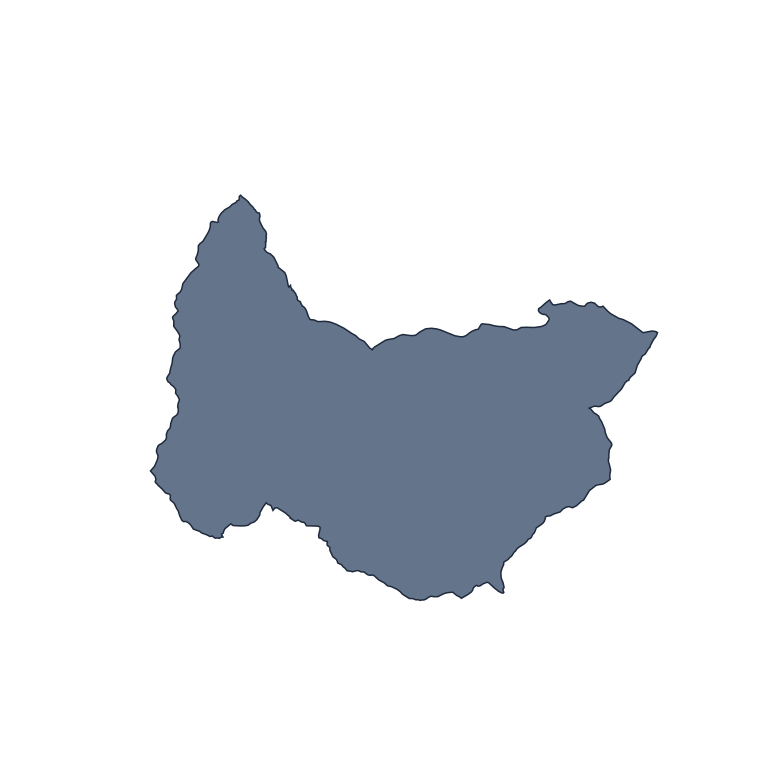 outline of San Mateo, Boyacá, Colombia, rotated 320°
{"feature_id": "7082276B31973577978453", "entity_name": "San Mateo", "entity_type": "district", "adm_level": 2, "iso_a3": "COL", "parent_name": "Colombia", "parent_adm1": "Boyacá", "projection": "mercator", "projection_center": [-72.559, 6.415], "detail": "fine", "context": "isolated", "style": "filled", "palette": "slate", "viewbox_px": 768, "rotation_deg": 320, "n_neighbors": 0, "source": "geoboundaries", "source_scale": "gbopen_adm2", "svg_char_len": 6171}
<svg xmlns="http://www.w3.org/2000/svg" viewBox="0 0 768 768"><g transform="rotate(320 384 384)"><path d="M601.8,465.1L600.1,464.7L598.2,463.0L597.7,461.7L597.3,457.5L595.2,454.5L592.2,453.0L590.5,452.9L588.5,453.3L587.2,453.1L585.1,450.9L583.5,449.0L582.7,447.2L580.2,440.6L579.8,440.1L577.3,439.1L574.5,438.8L571.2,436.3L566.0,433.5L564.6,432.2L564.3,431.6L564.4,429.1L564.9,426.1L560.7,425.8L553.3,426.0L550.9,425.7L549.4,427.1L549.1,429.4L550.0,431.9L551.0,433.4L551.6,433.6L552.5,435.3L552.8,438.5L552.6,439.9L552.0,440.7L550.8,441.2L546.9,442.4L545.8,442.4L541.8,441.3L535.4,437.3L529.7,432.2L525.5,428.9L520.5,427.9L517.8,425.7L512.9,417.3L509.0,413.8L505.9,410.3L503.1,406.3L498.2,401.3L497.4,400.8L496.5,400.8L491.5,402.6L488.8,401.2L485.4,400.2L482.6,399.8L477.9,399.7L474.7,398.5L472.7,396.7L469.3,392.6L462.0,378.9L459.8,375.7L456.3,371.9L452.3,369.1L451.0,368.4L444.5,367.1L440.4,367.1L439.1,366.6L437.9,366.0L435.1,363.6L430.2,358.2L426.8,356.8L420.9,355.6L416.0,352.7L413.1,351.4L400.5,349.6L397.9,349.8L397.1,350.3L396.2,347.2L396.2,338.7L393.9,333.4L393.4,328.6L392.1,325.4L389.2,315.6L385.9,307.8L383.0,302.6L381.2,300.3L378.7,297.7L374.9,294.9L373.2,293.3L371.9,290.4L369.0,287.3L368.9,286.5L369.3,284.2L371.6,278.2L372.2,275.5L372.1,273.0L371.5,271.7L372.3,268.5L372.8,267.4L371.7,264.0L373.5,261.3L373.6,259.9L374.3,258.4L374.7,253.7L373.9,253.2L373.9,252.5L374.6,251.9L374.7,250.1L375.8,248.3L373.4,248.5L373.7,247.4L378.7,238.1L379.6,234.8L378.0,226.5L378.8,225.5L381.1,216.2L380.6,211.4L378.9,207.9L378.8,204.0L379.4,203.2L380.8,203.4L384.5,199.5L384.3,199.1L385.7,198.8L385.9,198.1L388.3,195.9L388.8,194.8L390.3,193.7L391.5,191.1L391.6,186.7L393.2,180.0L394.5,177.5L397.0,175.7L398.4,172.9L397.3,171.8L396.9,169.7L397.3,168.0L397.0,166.6L397.3,164.4L396.9,159.7L397.1,157.0L396.6,153.3L395.5,149.1L395.6,147.3L394.1,147.2L393.2,147.7L392.2,149.1L391.0,149.8L388.9,149.2L387.2,149.8L383.1,148.8L379.7,149.2L374.3,148.2L369.4,148.5L365.8,149.5L363.8,150.5L362.2,151.7L361.4,153.3L359.9,152.9L357.1,149.2L356.2,148.8L355.0,148.9L353.8,149.8L352.1,151.8L349.1,153.8L346.2,155.1L337.0,158.3L333.1,158.2L330.7,158.7L327.3,162.6L324.2,164.8L320.6,166.7L319.7,167.9L319.2,172.8L318.8,173.7L317.5,174.6L313.7,174.5L307.6,174.7L294.5,177.8L289.8,181.4L286.9,182.5L282.0,182.6L279.6,185.7L276.5,186.7L275.4,187.7L273.8,190.8L273.6,194.6L273.2,195.7L269.7,196.4L266.0,196.6L265.1,196.9L264.3,198.1L263.5,200.6L260.0,204.7L259.6,210.8L258.9,215.0L258.0,216.4L255.4,218.3L253.8,222.0L251.7,224.7L250.5,225.4L244.8,225.4L240.7,227.1L238.4,228.6L235.5,231.5L229.7,235.5L226.7,238.0L222.7,239.2L221.0,240.2L220.0,243.2L220.7,246.0L220.4,247.4L221.2,250.7L221.0,254.4L218.4,257.1L218.2,261.0L217.1,264.6L213.5,266.8L211.2,268.9L210.8,270.1L208.7,272.9L206.1,274.4L204.6,274.5L201.0,274.2L199.8,274.4L195.4,277.1L192.6,279.7L191.7,280.2L188.1,280.8L185.6,282.2L184.7,282.9L182.8,285.4L180.7,286.5L175.8,286.7L172.3,286.0L170.7,286.3L167.3,288.4L166.0,289.9L164.7,293.9L161.8,296.3L155.4,299.5L149.2,300.5L149.3,307.4L148.3,309.9L147.6,310.7L146.1,311.6L145.6,312.7L145.9,314.5L145.8,316.5L146.5,321.7L146.6,326.8L147.5,328.7L148.7,330.2L148.8,331.7L148.5,332.4L146.4,334.4L145.8,335.7L146.6,340.4L145.1,346.3L144.8,348.9L142.8,353.6L141.5,358.5L142.0,360.6L143.8,361.9L145.0,364.7L145.3,367.8L144.7,372.6L148.1,378.5L148.5,380.8L151.3,385.6L152.7,389.0L154.9,390.2L155.0,392.1L155.7,393.7L157.5,394.8L158.5,396.3L160.7,396.7L162.3,397.7L162.7,395.1L163.1,394.6L165.0,394.9L166.8,393.6L169.1,392.6L176.8,392.7L177.3,395.1L177.6,395.6L183.3,400.9L186.4,403.3L189.1,404.8L192.5,405.0L196.1,406.3L199.4,406.2L203.8,404.8L204.5,404.6L206.3,402.8L212.7,400.4L217.4,399.3L217.6,401.0L219.3,404.6L217.7,409.5L220.6,408.9L222.0,409.6L222.8,410.7L225.6,419.5L226.3,424.4L226.4,426.6L226.0,426.6L227.5,431.7L228.0,432.2L230.7,433.1L232.2,436.9L233.8,438.7L234.0,439.8L233.4,442.7L242.1,450.5L242.9,452.1L242.8,452.8L241.5,454.2L236.7,457.8L235.3,459.9L236.8,462.5L237.1,465.0L239.4,468.4L237.7,469.7L236.8,471.1L237.4,474.0L237.3,474.6L235.6,476.7L233.8,483.4L234.7,487.6L234.5,489.2L233.5,491.4L235.3,495.1L235.2,497.8L235.7,500.0L235.7,503.4L238.1,506.0L239.2,507.6L242.9,509.3L244.5,510.6L245.5,512.9L247.9,515.3L248.8,519.4L249.5,520.5L250.1,521.3L252.7,523.3L253.2,524.3L254.0,530.5L256.3,536.3L257.0,540.9L259.4,544.0L262.1,549.9L263.0,553.6L263.0,556.2L263.2,557.5L265.5,564.6L268.2,567.0L269.6,569.7L271.7,571.4L272.6,573.0L274.7,574.1L275.7,575.1L278.1,575.8L281.0,576.0L282.8,576.5L283.9,577.1L285.6,579.1L288.8,581.7L290.5,581.9L295.7,583.3L298.2,584.5L302.4,587.3L302.9,588.0L303.7,592.4L305.3,596.3L305.5,597.9L313.1,599.2L317.3,599.5L319.1,599.0L321.9,597.5L324.9,597.5L325.4,597.6L326.0,599.2L326.8,599.9L328.5,600.5L331.2,600.7L335.5,602.1L336.5,603.9L337.4,611.4L338.5,616.5L339.7,619.3L340.8,620.8L341.8,620.7L343.0,617.8L344.9,617.3L345.7,616.2L347.5,612.7L348.7,608.9L349.8,606.8L352.6,603.3L356.0,601.0L359.5,599.3L361.0,597.7L361.5,597.5L366.1,598.2L369.1,597.7L370.2,597.9L372.1,597.6L375.3,596.5L377.4,596.5L379.5,595.8L381.9,595.7L389.2,596.6L392.2,596.4L394.7,595.6L396.2,596.2L398.1,596.3L401.2,594.8L402.7,594.8L404.5,594.2L408.2,592.1L413.1,592.7L416.1,592.8L418.4,592.3L421.0,590.8L422.2,589.6L423.8,590.0L426.7,591.9L430.5,592.7L436.6,595.2L440.9,594.8L444.3,595.5L446.0,596.3L447.1,597.1L448.9,600.0L453.3,601.0L460.6,600.7L462.1,601.3L472.9,597.7L480.5,597.9L482.3,598.3L487.4,601.4L490.4,602.0L495.9,602.4L498.2,599.1L502.3,595.6L505.1,590.1L505.7,588.3L507.5,585.9L508.8,585.1L510.9,582.6L514.2,579.3L519.1,577.4L520.3,575.5L520.5,568.6L522.2,563.7L524.1,560.4L526.5,552.5L526.9,549.4L527.8,546.5L527.2,543.5L526.3,541.3L526.3,536.2L525.7,534.4L530.2,535.9L532.1,537.2L533.6,539.1L535.7,540.3L540.7,540.8L546.0,542.7L548.1,542.7L551.4,541.8L563.0,540.4L569.5,538.0L572.1,537.9L574.1,538.5L574.9,537.9L576.9,537.2L583.4,536.9L590.0,532.6L597.0,530.0L599.1,528.8L600.3,528.6L603.5,528.9L609.1,527.0L611.4,526.8L612.9,525.7L619.2,523.2L623.2,522.3L626.5,520.6L626.2,519.1L625.1,517.5L623.1,515.5L615.4,511.2L612.3,496.9L608.7,488.5L606.0,484.4L602.8,475.7L602.2,472.4L601.8,465.1Z" fill="#64748b" stroke="#1e293b" stroke-width="1.5"/></g></svg>